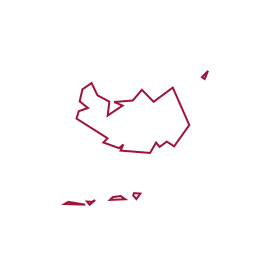 map outline of Western (Natural Earth projection), rotated 229°
{"feature_id": "FJI-2620", "entity_name": "Western", "entity_type": "Division", "adm_level": 1, "iso_a3": "FJI", "parent_name": "Fiji", "parent_adm1": "", "projection": "natural_earth1", "projection_center": [177.638, -19.194], "detail": "coarse", "context": "isolated", "style": "outline", "palette": "rose", "viewbox_px": 256, "rotation_deg": 229, "n_neighbors": 0, "source": "natural_earth", "source_scale": "10m", "svg_char_len": 727}
<svg xmlns="http://www.w3.org/2000/svg" viewBox="0 0 256 256"><g transform="rotate(229 128 128)"><path d="M129.1,188.3L90.0,176.2L83.9,150.8L92.3,148.3L93.0,139.5L98.6,139.6L94.7,128.3L115.8,107.6L118.6,113.7L118.6,108.1L133.2,99.9L133.7,105.8L168.9,95.3L173.0,101.9L169.4,110.9L179.8,109.0L187.1,119.0L185.8,130.0L172.7,126.4L160.1,131.2L150.7,120.8L148.5,138.6L156.7,134.6L145.6,149.7L147.7,163.5L131.0,164.5L129.1,188.3ZM76.0,79.2L85.6,67.2L85.8,71.2L81.5,77.8L76.0,79.2ZM98.2,45.4L112.3,30.2L111.4,34.5L98.2,45.4ZM68.9,87.7L73.7,87.7L74.9,89.8L70.4,94.3L68.9,87.7ZM114.7,218.0L117.8,217.2L118.6,225.8L114.7,218.0ZM99.4,48.8L95.9,52.4L95.2,55.9L95.2,48.7L99.4,48.8Z" fill="none" stroke="#9f1239" stroke-width="2"/></g></svg>